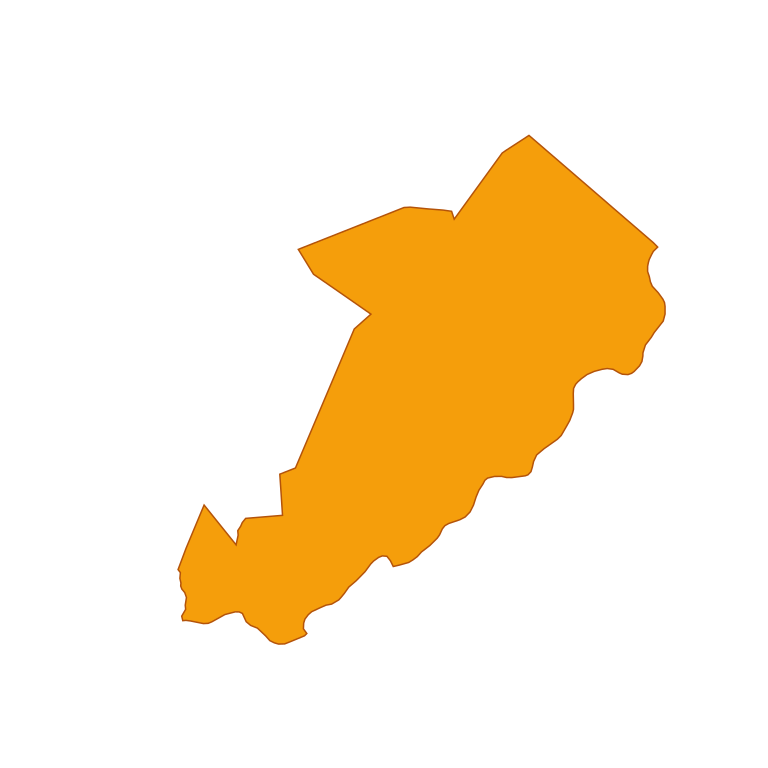 outline of Palmeirais, Piauí, Brazil, rotated 234°
{"feature_id": "56859067B30993102751399", "entity_name": "Palmeirais", "entity_type": "district", "adm_level": 2, "iso_a3": "BRA", "parent_name": "Brazil", "parent_adm1": "Piauí", "projection": "robinson", "projection_center": [-43.023, -5.84], "detail": "fine", "context": "isolated", "style": "filled", "palette": "amber", "viewbox_px": 768, "rotation_deg": 234, "n_neighbors": 0, "source": "geoboundaries", "source_scale": "gbopen_adm2", "svg_char_len": 2130}
<svg xmlns="http://www.w3.org/2000/svg" viewBox="0 0 768 768"><g transform="rotate(234 384 384)"><path d="M230.6,156.7L227.0,171.7L227.5,174.9L233.3,174.9L237.8,178.5L240.3,181.9L241.9,187.2L242.3,191.7L240.5,201.0L239.2,207.0L236.7,212.3L236.2,217.5L235.9,220.5L236.7,224.2L237.9,228.8L240.4,236.1L241.2,245.9L243.3,258.3L246.2,267.5L246.9,271.5L246.9,277.8L245.9,281.6L242.9,285.1L237.3,285.3L230.9,284.2L228.5,289.9L225.1,299.1L224.7,304.1L224.8,309.5L226.1,315.6L226.4,326.1L228.0,336.5L229.3,340.3L232.5,346.0L233.6,350.0L233.1,354.4L229.6,365.6L228.7,371.5L229.9,378.4L233.4,385.2L238.4,392.0L242.3,398.4L244.9,405.2L246.8,409.0L247.0,412.5L244.3,419.0L240.1,424.9L236.3,428.2L233.1,432.5L226.7,444.3L225.9,447.1L226.7,451.4L229.6,455.2L233.4,459.5L236.9,465.8L237.6,475.5L237.4,491.8L238.2,497.1L242.5,506.8L245.3,512.8L249.8,519.7L252.1,522.4L256.1,525.3L265.0,531.5L269.0,534.8L271.1,538.8L271.8,541.9L272.3,547.0L272.3,553.9L270.6,561.6L267.7,569.1L265.3,573.7L261.2,578.0L254.8,580.8L251.9,582.5L248.2,586.9L247.1,590.6L247.1,593.7L248.5,601.4L250.6,605.9L254.5,609.9L257.0,611.8L261.9,618.4L264.7,627.8L266.8,632.8L270.8,646.9L275.4,652.5L281.6,657.0L285.0,658.8L288.8,659.5L296.5,659.5L305.4,658.5L310.1,659.6L315.0,661.8L320.1,663.4L324.3,666.5L326.8,669.2L328.8,671.7L331.5,676.7L333.0,679.9L333.9,685.9L339.9,685.0L397.3,671.5L414.0,667.6L499.9,647.4L501.3,620.2L501.4,615.4L476.1,537.7L484.0,540.2L490.0,534.0L499.9,522.4L511.7,509.1L513.4,506.4L515.0,504.0L543.3,393.8L514.2,391.5L478.8,403.9L448.2,414.5L446.0,392.3L411.3,334.8L368.1,263.0L372.3,246.7L358.6,238.1L337.4,224.7L356.6,193.1L355.2,187.9L353.2,184.5L351.3,179.5L347.4,177.1L340.8,169.8L391.8,167.3L385.1,156.3L367.5,127.4L354.9,108.3L351.1,108.4L346.7,104.6L342.3,102.7L340.1,100.8L336.9,99.9L332.4,100.2L327.4,98.7L321.9,93.2L318.3,91.1L315.1,83.9L310.8,82.1L309.2,84.8L306.1,88.1L296.3,97.1L293.7,101.1L292.8,104.9L291.8,113.1L291.0,119.8L287.1,129.7L284.7,132.9L281.6,134.6L272.7,132.8L267.1,134.2L260.9,138.1L249.7,140.2L243.5,140.8L239.1,143.1L235.6,145.8L232.1,150.9L230.6,156.7Z" fill="#f59e0b" stroke="#b45309" stroke-width="1.5"/></g></svg>